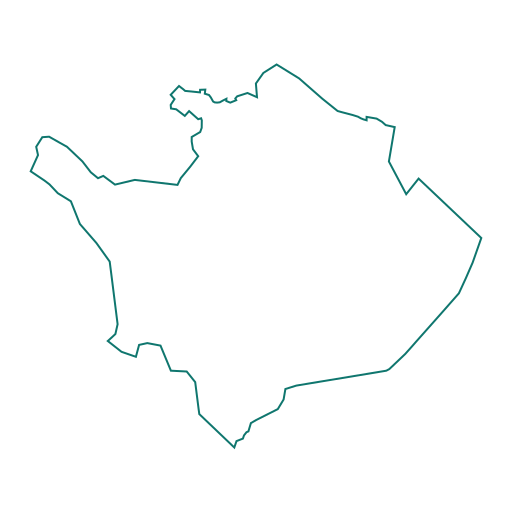 the district of Mubi South, Adamawa, Nigeria
{"feature_id": "59680162B11164722545286", "entity_name": "Mubi South", "entity_type": "district", "adm_level": 2, "iso_a3": "NGA", "parent_name": "Nigeria", "parent_adm1": "Adamawa", "projection": "equal_earth", "projection_center": [13.272, 10.176], "detail": "fine", "context": "isolated", "style": "outline", "palette": "teal", "viewbox_px": 512, "rotation_deg": 0, "n_neighbors": 0, "source": "geoboundaries", "source_scale": "gbopen_adm2", "svg_char_len": 1589}
<svg xmlns="http://www.w3.org/2000/svg" viewBox="0 0 512 512"><path d="M234.3,447.5L236.5,441.1L242.9,438.6L244.0,435.4L246.5,432.2L248.4,431.4L250.9,423.1L256.2,420.0L277.8,409.1L283.6,399.5L285.4,389.0L296.3,385.6L319.2,381.8L386.3,370.7L389.3,369.1L405.2,354.0L411.9,346.5L416.0,341.8L442.9,311.5L458.9,293.3L465.8,278.3L472.6,262.7L481.3,238.0L418.6,178.6L406.2,194.2L388.9,161.5L394.7,127.1L385.8,125.1L385.7,125.1L382.0,121.8L376.6,118.6L366.6,116.9L366.6,120.3L363.5,119.4L360.8,118.3L358.0,116.7L352.6,115.0L341.9,112.2L337.6,111.0L322.3,98.7L299.1,78.4L276.6,64.5L263.4,72.9L255.9,83.5L257.0,97.2L247.5,93.0L237.2,96.3L235.3,98.5L236.2,100.2L233.8,101.2L230.3,102.6L229.4,102.3L226.3,101.0L226.3,100.0L226.4,98.8L222.8,100.6L219.8,102.3L217.2,102.6L214.7,102.4L213.1,101.5L210.8,97.4L209.0,95.0L204.8,93.7L205.3,89.6L200.1,89.8L200.0,92.4L191.4,91.5L185.1,90.9L183.3,89.3L179.0,86.0L170.7,94.8L174.5,99.1L170.7,104.9L171.0,108.5L176.2,109.3L184.8,115.9L189.1,111.1L198.2,119.2L201.1,118.3L201.8,120.4L201.7,127.8L200.2,132.0L191.7,137.0L191.7,141.6L193.0,149.3L198.2,156.2L190.2,166.7L180.8,178.1L177.5,184.9L134.8,179.9L115.0,184.6L103.3,175.9L98.0,178.2L90.8,172.3L82.4,161.4L67.0,146.8L59.5,142.6L49.1,136.7L42.3,137.2L36.2,146.8L38.0,155.1L30.7,171.3L44.4,180.5L49.5,184.4L57.8,193.2L70.9,201.3L79.9,224.0L96.4,243.0L109.7,261.6L111.6,276.5L117.6,324.2L115.4,334.0L112.1,337.1L107.8,341.0L121.5,351.8L135.9,356.8L139.1,344.9L147.3,343.1L160.5,345.6L170.9,370.7L186.7,371.5L195.2,382.1L198.6,409.0L199.3,414.1L234.3,447.5Z" fill="none" stroke="#0f766e" stroke-width="2"/></svg>